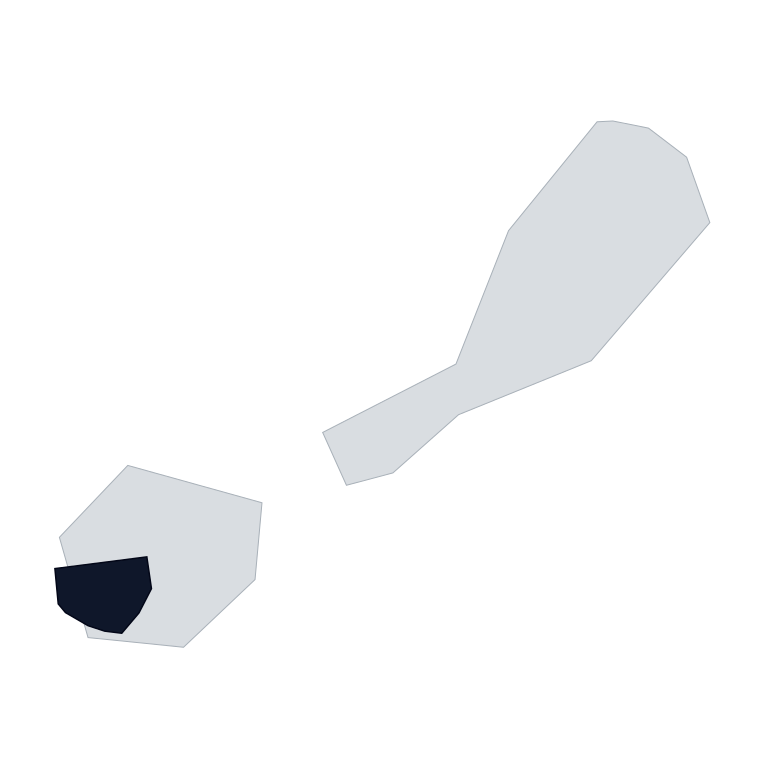 Saint Kitts and Nevis, with Saint George Gingerland highlighted, rotated 98°
{"feature_id": "KNA-5102", "entity_name": "Saint George Gingerland", "entity_type": "Parish", "adm_level": 1, "iso_a3": "KNA", "parent_name": "Saint Kitts and Nevis", "parent_adm1": "", "projection": "orthographic", "projection_center": [-62.55, 17.125], "detail": "fine", "context": "in_parent", "style": "filled", "palette": "ink", "viewbox_px": 768, "rotation_deg": 98, "n_neighbors": 0, "source": "natural_earth", "source_scale": "10m", "svg_char_len": 589}
<svg xmlns="http://www.w3.org/2000/svg" viewBox="0 0 768 768"><g transform="rotate(98 384 384)"><path d="M489.5,407.1L440.5,438.0L354.2,315.5L214.8,282.0L94.7,209.5L91.7,194.0L93.8,157.7L117.3,115.9L178.8,83.8L332.1,182.0L404.0,305.9L470.8,362.8L489.5,407.1ZM676.3,641.8L581.0,684.1L500.3,626.4L518.6,488.3L595.6,484.5L672.6,545.9L676.3,641.8Z" fill="#d9dde1" stroke="#a8b0b8" stroke-width="1"/><path d="M667.3,609.0L667.6,626.2L664.5,643.5L654.7,667.6L647.1,676.0L612.6,684.2L588.2,594.8L619.0,585.8L644.8,594.8L667.3,609.0Z" fill="#0f172a" stroke="#020617" stroke-width="1.5"/></g></svg>